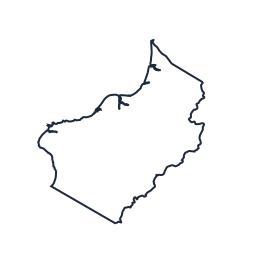 an SVG outline of Santa Cruz, rotated 210°
{"feature_id": "ARG-1271", "entity_name": "Santa Cruz", "entity_type": "Province", "adm_level": 1, "iso_a3": "ARG", "parent_name": "Argentina", "parent_adm1": "", "projection": "mercator", "projection_center": [-69.587, -49.195], "detail": "fine", "context": "isolated", "style": "outline", "palette": "slate", "viewbox_px": 256, "rotation_deg": 210, "n_neighbors": 0, "source": "natural_earth", "source_scale": "10m", "svg_char_len": 5756}
<svg xmlns="http://www.w3.org/2000/svg" viewBox="0 0 256 256"><g transform="rotate(210 128 128)"><path d="M86.8,71.7L87.4,71.4L87.7,70.7L87.7,70.0L87.5,69.3L87.2,68.7L85.5,67.6L85.1,67.1L85.2,66.6L86.4,65.9L86.8,65.4L85.8,64.1L86.1,62.1L86.4,61.6L86.4,61.4L86.1,60.8L86.1,60.5L86.4,60.2L87.8,60.0L88.2,59.9L89.3,58.5L90.3,57.9L90.9,57.3L91.0,56.4L90.8,54.5L91.0,53.2L90.9,52.7L89.7,49.4L89.6,48.5L89.6,46.3L89.5,45.5L89.2,45.0L86.9,43.2L86.8,42.8L87.2,42.6L89.0,42.3L89.4,42.1L90.2,40.6L91.6,39.1L165.4,39.1L164.7,41.7L164.7,43.4L165.5,47.6L166.1,49.6L168.3,54.0L169.8,55.5L171.3,56.0L171.7,56.8L172.4,57.3L173.2,57.4L173.6,57.7L173.9,58.5L174.5,59.0L175.4,60.7L176.0,60.8L176.1,61.2L178.1,63.3L179.1,65.0L179.8,65.7L181.4,66.5L182.1,66.4L182.7,66.8L183.4,66.6L183.8,66.8L184.9,66.6L186.1,67.1L187.1,67.0L187.6,67.3L190.5,67.9L192.5,67.7L193.6,67.3L194.5,67.2L195.6,68.0L196.3,68.0L196.7,68.5L196.9,69.2L198.7,70.9L198.5,71.4L199.3,74.6L199.1,76.4L198.9,79.1L196.9,85.4L196.5,85.6L196.0,85.6L193.5,85.3L192.4,86.6L190.3,87.7L189.1,88.5L188.7,88.6L187.0,88.6L187.9,89.0L188.6,88.9L190.0,88.1L191.5,87.7L193.2,86.7L193.7,86.1L194.6,86.0L195.9,86.1L196.2,86.5L196.8,89.1L197.2,89.6L198.4,89.9L197.9,90.3L197.8,90.6L198.4,90.9L197.1,91.3L196.9,90.8L195.9,90.5L195.4,90.7L195.1,91.3L195.0,91.8L195.4,92.1L195.2,92.8L195.1,93.0L195.0,93.4L194.7,93.6L194.7,93.9L195.2,94.3L195.9,94.5L196.0,94.9L195.6,95.4L195.1,95.5L194.9,95.2L194.6,95.0L194.3,95.2L193.0,95.3L192.1,95.7L191.7,96.0L191.6,96.7L191.2,97.4L189.8,98.0L189.3,98.9L188.6,99.2L188.3,99.5L188.0,100.1L187.7,101.1L187.9,101.9L187.7,102.0L186.0,101.9L185.6,102.3L185.7,102.6L185.6,103.2L185.0,103.6L184.2,103.9L182.3,104.1L181.5,104.7L180.5,105.3L180.1,105.8L179.4,106.3L178.9,107.0L178.5,107.3L178.4,108.4L177.5,108.8L176.2,109.0L175.2,109.9L173.9,110.7L173.5,111.2L173.3,112.6L172.6,113.4L172.4,114.7L171.5,115.5L170.1,116.1L168.6,117.1L165.9,120.2L165.5,121.0L165.1,122.7L164.5,123.3L164.4,124.0L164.8,124.2L164.9,124.7L164.2,125.1L163.8,125.9L163.7,126.6L163.2,127.1L162.7,127.3L163.2,128.1L163.0,128.5L162.2,129.0L162.4,129.2L162.4,129.6L161.9,130.1L160.9,130.3L161.2,130.6L162.8,130.6L163.3,130.0L163.6,129.1L163.5,128.3L163.8,127.9L163.9,127.1L164.4,126.6L164.7,126.7L164.9,127.1L164.9,128.7L164.1,130.2L163.3,134.6L162.9,138.4L163.0,138.8L162.7,141.5L162.0,144.0L160.8,146.4L159.7,147.6L156.4,150.1L154.7,150.9L153.1,151.2L151.6,151.0L151.0,150.0L150.6,149.8L150.2,149.1L149.4,147.1L149.0,146.5L148.4,146.0L148.0,145.3L147.5,143.7L147.0,143.0L145.9,140.8L145.2,140.2L144.4,140.0L145.5,140.8L145.8,141.1L145.9,141.5L147.0,143.7L147.3,144.9L147.3,145.6L146.4,146.3L145.6,146.8L145.1,146.8L144.3,146.6L143.2,146.8L141.9,146.6L141.2,147.1L140.6,147.4L140.1,147.4L139.4,147.9L139.4,148.1L139.5,148.1L141.2,148.0L141.8,147.4L142.5,147.1L143.9,147.1L145.6,147.5L147.2,146.8L147.7,147.1L147.8,147.6L148.4,148.1L148.5,149.4L148.8,149.9L149.7,150.8L150.2,150.8L150.5,151.0L150.7,151.3L151.2,151.5L151.5,151.9L151.2,152.4L150.6,152.7L149.9,153.3L144.4,155.9L143.9,155.8L143.4,156.3L143.4,156.7L142.6,156.9L142.3,156.8L141.9,157.0L141.8,157.7L141.5,157.9L140.1,159.8L138.3,163.6L138.2,164.8L137.4,167.0L136.9,168.8L137.0,169.2L137.3,170.0L137.4,171.8L137.3,172.7L137.2,173.4L135.9,174.3L134.9,175.4L133.4,176.7L132.6,177.6L132.2,178.6L134.4,176.6L136.1,175.6L136.6,175.6L136.8,176.1L136.8,176.6L137.7,181.5L137.8,182.4L138.1,183.0L138.2,184.2L138.5,185.5L140.3,190.7L140.5,191.9L140.3,192.4L140.0,192.8L139.3,192.5L138.8,192.5L138.4,192.8L137.8,193.6L137.5,193.7L136.5,193.6L134.5,192.4L132.8,192.3L132.1,192.7L130.6,193.0L129.8,193.8L128.5,194.3L132.4,193.4L133.3,193.3L134.1,193.4L136.8,194.6L136.7,195.1L135.7,195.9L135.7,196.1L136.1,196.1L137.9,195.1L139.1,194.0L139.7,193.9L140.1,194.2L140.8,194.9L142.0,198.2L142.8,199.6L144.1,202.8L145.4,205.5L151.2,214.4L151.4,214.9L151.2,215.4L150.4,216.3L150.2,216.8L149.9,216.9L149.8,216.6L149.9,216.2L149.7,215.6L149.7,214.5L149.6,214.2L147.4,213.6L146.5,213.1L142.9,212.5L139.5,210.6L135.8,209.4L130.9,209.2L122.4,205.6L86.7,205.0L85.9,204.5L86.0,203.2L86.2,202.3L86.0,201.4L85.6,200.8L83.9,198.8L82.7,197.7L81.8,197.1L80.1,196.6L79.8,196.3L79.5,195.7L79.4,194.1L79.2,193.6L78.9,193.1L77.4,192.9L77.1,192.2L77.6,191.3L78.9,190.0L78.9,188.9L79.3,188.0L79.4,187.5L79.4,185.2L79.5,184.8L80.5,183.3L80.6,182.8L80.3,182.4L78.9,181.5L78.3,180.8L77.9,179.8L77.9,179.2L78.0,178.8L79.1,177.3L79.9,177.0L80.2,176.4L80.4,175.1L80.6,172.6L80.5,171.5L80.1,170.7L79.1,169.3L78.9,168.8L78.9,168.4L79.7,166.6L79.7,166.1L78.3,165.3L76.1,164.7L75.3,165.1L74.0,166.6L73.2,166.6L72.8,166.4L71.9,165.4L71.5,165.2L71.1,165.3L68.9,166.6L68.2,167.1L66.9,168.6L66.1,169.2L65.3,169.6L64.6,169.6L63.9,169.0L63.7,168.0L63.7,166.9L63.6,165.9L62.6,164.4L62.4,163.9L62.3,163.5L62.3,161.8L62.1,159.7L62.1,158.0L61.9,157.1L61.2,155.3L60.8,154.6L59.7,153.8L57.5,151.6L57.3,150.9L57.4,150.0L58.4,148.3L58.4,147.9L58.0,147.1L56.7,145.7L56.8,145.4L57.3,144.7L57.4,143.4L58.3,142.4L58.7,141.7L58.6,140.9L63.5,138.7L66.0,135.2L66.0,132.9L65.6,131.5L64.9,130.6L65.1,128.3L65.3,127.1L64.1,126.9L63.8,126.3L63.7,125.7L64.0,125.0L65.1,123.5L65.3,123.1L65.4,122.0L65.7,121.3L66.9,119.5L67.6,118.7L68.5,118.4L70.3,118.2L71.1,117.9L71.8,117.3L74.0,114.7L74.5,114.0L74.7,113.1L74.7,112.0L74.6,109.1L74.2,107.6L74.1,106.2L74.8,104.6L76.2,103.6L77.4,103.2L77.7,103.0L78.5,101.8L79.0,101.7L79.5,101.9L79.9,101.4L79.3,100.1L79.6,98.1L79.2,94.8L79.0,94.2L78.2,93.9L78.1,93.7L77.9,93.0L77.6,92.6L76.6,92.2L76.0,91.6L75.5,90.9L75.4,90.0L76.2,88.4L76.9,85.5L78.6,82.5L79.0,81.6L79.4,79.2L79.4,78.8L78.5,78.2L78.7,77.5L79.3,76.9L80.0,76.6L81.4,76.7L81.8,76.6L82.1,76.4L84.2,73.8L84.5,73.1L84.7,72.7L84.4,71.2L84.5,70.9L84.7,70.7L85.1,70.8L86.2,71.5L86.8,71.7Z" fill="none" stroke="#1e293b" stroke-width="2"/></g></svg>